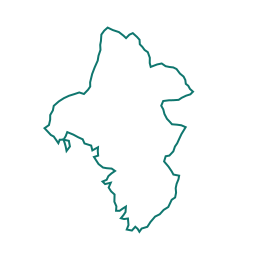 Rafard, São Paulo, Brazil (Natural Earth projection), rotated 222°
{"feature_id": "56859067B95573729606060", "entity_name": "Rafard", "entity_type": "district", "adm_level": 2, "iso_a3": "BRA", "parent_name": "Brazil", "parent_adm1": "São Paulo", "projection": "natural_earth1", "projection_center": [-47.586, -23.044], "detail": "fine", "context": "isolated", "style": "outline", "palette": "teal", "viewbox_px": 256, "rotation_deg": 222, "n_neighbors": 0, "source": "geoboundaries", "source_scale": "gbopen_adm2", "svg_char_len": 1861}
<svg xmlns="http://www.w3.org/2000/svg" viewBox="0 0 256 256"><g transform="rotate(222 128 128)"><path d="M168.1,76.2L168.8,80.1L170.4,84.3L164.2,86.5L158.8,87.8L154.1,89.3L150.0,87.4L143.6,90.3L139.5,87.5L137.4,93.6L135.0,90.6L131.7,87.5L133.9,83.7L125.8,81.5L120.1,81.9L116.9,83.9L113.0,86.9L108.9,87.4L109.9,83.1L110.4,79.1L109.2,75.2L111.1,71.2L107.5,71.0L104.2,75.8L102.5,70.8L98.1,69.6L93.5,69.6L88.8,64.1L84.2,62.0L81.5,58.5L78.8,60.9L78.0,64.6L77.0,68.2L73.6,63.9L73.1,60.3L72.9,56.2L70.0,57.7L67.5,60.7L62.7,56.2L61.0,51.7L56.5,54.4L56.5,59.5L53.3,59.5L50.1,58.5L50.6,62.4L47.5,67.5L48.4,73.1L48.6,80.3L46.7,85.1L46.7,91.0L45.2,96.2L47.5,103.9L46.5,107.9L49.0,112.1L52.3,115.2L54.5,119.0L56.2,123.7L58.1,126.8L63.1,123.8L66.5,125.0L72.1,126.4L78.8,127.3L81.1,132.2L78.8,135.2L78.7,141.0L80.7,145.6L81.2,149.5L82.4,153.3L84.2,159.2L85.7,167.2L90.2,165.7L93.6,163.4L97.8,160.2L101.3,160.6L105.2,160.9L110.3,162.8L114.2,165.4L118.2,166.8L119.9,171.6L116.2,175.9L113.0,178.9L109.2,182.8L108.3,186.4L106.4,191.0L104.2,194.7L104.0,198.5L108.1,198.5L111.5,199.7L114.6,199.5L117.5,202.0L121.1,203.4L125.8,203.2L131.4,204.3L134.9,203.3L138.0,201.1L141.4,199.1L146.1,198.5L148.9,194.7L152.0,188.6L155.3,190.8L158.8,194.8L164.0,197.6L167.9,197.1L171.7,197.9L175.2,198.1L178.5,201.3L182.3,201.7L187.9,201.7L189.4,198.3L189.6,193.5L193.1,193.6L198.9,193.2L204.9,190.6L210.3,189.0L210.8,184.4L210.3,179.6L206.3,174.5L204.3,171.2L200.7,167.6L198.3,162.0L195.6,157.8L193.3,150.7L190.8,144.2L186.7,136.6L183.8,133.5L183.3,129.7L183.5,123.8L188.0,121.8L190.6,117.2L193.4,112.5L195.6,107.3L197.2,101.5L198.0,94.8L195.6,90.8L194.5,85.6L191.4,82.1L188.7,77.3L189.9,72.0L185.0,71.6L180.6,71.2L177.5,72.0L169.6,70.1L170.9,73.6L168.1,76.2ZM168.1,76.2L165.2,74.6L162.0,72.6L158.3,69.8L158.8,75.4L163.4,78.9L168.1,76.2Z" fill="none" stroke="#0f766e" stroke-width="2"/></g></svg>